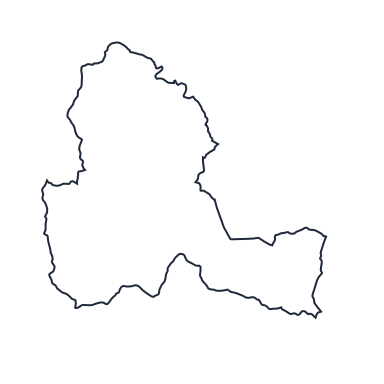 outline of Don Duong, Lâm Đồng, Vietnam, rotated 100°
{"feature_id": "81297802B74216529473028", "entity_name": "Don Duong", "entity_type": "district", "adm_level": 2, "iso_a3": "VNM", "parent_name": "Vietnam", "parent_adm1": "Lâm Đồng", "projection": "mercator", "projection_center": [108.553, 11.806], "detail": "fine", "context": "isolated", "style": "outline", "palette": "slate", "viewbox_px": 384, "rotation_deg": 100, "n_neighbors": 0, "source": "geoboundaries", "source_scale": "gbopen_adm2", "svg_char_len": 5994}
<svg xmlns="http://www.w3.org/2000/svg" viewBox="0 0 384 384"><g transform="rotate(100 192 192)"><path d="M294.4,48.5L291.0,48.0L290.0,47.7L289.1,47.0L288.5,46.3L287.4,44.1L283.4,48.7L279.9,52.3L276.4,53.3L275.6,53.9L274.8,54.7L274.0,55.2L272.8,55.4L271.5,55.4L265.3,54.5L257.6,53.6L253.7,52.4L249.6,50.0L249.0,50.0L248.5,50.2L247.4,51.3L245.6,51.8L239.5,51.9L237.5,52.3L236.4,53.0L235.4,54.3L234.3,54.2L233.0,53.7L232.3,53.7L230.1,54.7L227.9,54.6L218.7,53.4L212.6,52.2L212.4,53.0L212.6,54.8L210.7,57.1L208.5,63.3L208.3,66.0L208.7,68.9L208.6,69.8L208.2,70.9L207.4,72.5L207.3,73.5L207.9,74.9L209.8,76.9L213.3,82.6L214.6,83.5L215.2,84.4L215.6,85.5L215.9,87.9L215.6,88.9L215.1,89.8L214.9,90.5L215.0,91.3L216.5,94.6L217.1,97.0L219.1,99.8L219.7,101.7L220.5,102.5L221.7,102.7L223.8,102.0L225.1,102.0L228.9,103.4L229.8,103.7L230.6,103.7L230.3,106.5L228.1,112.6L225.7,118.1L225.6,118.7L227.1,123.3L228.3,128.3L231.7,144.7L231.6,146.1L221.2,154.5L203.2,164.8L195.6,168.3L195.9,168.7L193.1,172.7L191.4,174.2L190.3,176.3L189.9,177.7L188.7,180.5L188.8,181.7L189.2,182.9L189.1,183.7L188.5,184.1L185.1,184.4L183.1,185.5L182.1,186.7L181.8,190.2L180.8,189.8L178.8,188.6L177.7,188.5L174.1,188.6L172.7,187.8L171.4,186.4L170.5,184.7L169.8,184.1L168.4,183.9L159.7,186.6L156.0,187.2L156.4,185.8L154.9,184.8L153.1,184.6L149.6,181.5L146.3,177.4L145.8,177.5L143.9,177.2L141.3,175.7L140.3,174.7L138.0,181.2L137.1,181.0L135.8,181.4L134.8,183.0L134.2,183.5L132.4,184.2L131.0,185.2L129.4,186.8L127.1,187.1L126.2,187.5L124.2,188.9L123.6,189.8L123.6,190.3L122.6,190.3L119.8,189.2L118.0,189.4L117.2,189.7L116.3,190.6L115.7,191.9L113.3,192.6L112.1,193.3L111.2,194.1L109.4,196.2L106.3,198.0L102.3,201.6L101.6,202.7L100.5,204.9L97.9,207.4L100.3,211.2L100.0,214.4L99.6,216.6L98.0,216.9L94.0,215.7L91.9,215.5L91.2,215.6L88.1,216.7L87.5,217.2L86.8,220.2L86.7,221.1L87.2,222.3L88.8,224.0L88.9,224.6L88.1,225.7L85.2,227.9L85.3,228.2L86.0,228.9L87.9,228.8L88.5,234.1L88.3,234.9L86.1,239.4L85.7,240.7L85.6,242.3L85.9,244.3L86.6,246.3L85.0,248.0L83.7,248.2L82.3,247.5L80.9,246.4L79.0,244.4L77.2,243.1L76.3,242.6L75.1,242.6L73.8,243.4L73.9,244.2L75.7,246.3L76.3,247.5L76.3,248.5L76.1,249.0L75.7,249.3L74.3,249.6L72.4,251.3L71.1,251.5L70.3,252.8L67.8,255.6L67.7,258.8L65.5,264.9L65.6,267.2L64.9,273.3L64.9,277.1L64.7,277.4L63.4,277.8L62.2,280.0L60.2,282.8L59.4,284.4L58.1,287.8L57.6,290.5L57.9,292.4L59.3,296.2L60.8,298.1L63.6,299.9L66.3,300.0L67.3,300.2L69.3,302.0L69.8,302.1L71.3,301.3L73.0,301.2L78.6,302.7L79.3,303.2L81.7,307.3L82.5,311.0L82.9,311.3L83.6,311.4L83.9,311.8L84.1,314.0L84.0,315.7L84.3,317.1L86.0,319.2L86.7,320.8L87.4,321.8L87.9,322.2L88.8,322.4L91.2,322.2L92.5,321.9L95.6,320.8L97.2,320.4L106.0,319.3L107.6,319.3L109.7,320.3L110.9,321.2L112.0,321.7L113.3,321.7L116.2,321.3L117.5,321.3L121.1,323.2L123.6,324.1L126.1,324.3L126.9,324.6L129.4,325.9L130.8,326.4L131.3,326.9L132.7,327.6L136.0,328.1L138.3,328.0L139.5,327.6L140.2,327.0L141.0,325.9L142.4,324.4L144.2,323.2L146.5,320.8L147.7,319.8L149.0,319.0L153.2,317.2L156.4,315.1L157.7,313.4L158.3,312.3L159.1,309.9L159.7,309.5L160.8,309.6L165.5,310.6L168.4,310.7L169.5,310.5L173.4,308.4L177.4,308.4L178.0,308.1L179.2,307.0L179.6,306.4L179.9,305.4L180.5,304.8L181.6,304.5L183.7,304.8L185.0,304.5L187.5,302.9L188.9,301.2L191.0,305.3L191.4,307.0L192.0,307.4L193.4,307.5L195.3,307.0L197.1,307.2L198.5,306.8L200.8,307.1L203.8,306.6L202.3,310.3L202.2,311.9L202.4,312.3L203.2,313.3L204.9,314.1L205.5,314.8L205.9,318.5L206.2,320.1L208.8,324.1L209.4,326.5L209.4,330.3L208.7,331.3L207.9,332.0L207.7,332.9L207.7,334.2L207.6,334.9L207.0,335.6L205.8,336.8L209.6,337.5L211.5,338.2L214.6,339.8L216.1,339.9L217.0,339.7L219.1,338.5L220.1,338.1L224.3,338.3L226.2,337.0L227.7,335.2L229.7,333.7L231.9,332.5L234.3,331.5L237.2,331.3L238.5,331.5L241.2,332.4L241.7,332.4L243.0,331.1L244.3,330.6L248.2,330.7L254.9,329.6L258.4,330.5L258.8,330.2L259.2,329.6L259.9,327.2L260.3,326.7L260.7,326.5L265.9,324.9L272.4,321.9L276.5,320.5L279.2,318.6L282.2,317.6L283.0,317.6L284.4,317.9L285.9,317.5L288.5,314.9L289.4,314.4L290.1,314.2L293.9,314.7L294.5,315.0L297.1,317.8L297.7,318.2L298.7,318.1L299.6,317.7L302.9,315.1L305.5,314.1L306.1,313.6L306.7,312.7L307.6,310.4L308.1,309.8L310.4,308.0L313.5,302.3L313.9,299.1L314.9,296.3L318.2,291.4L318.5,288.7L318.8,288.1L319.4,287.8L321.8,287.1L323.0,286.9L326.0,287.1L326.4,286.5L326.4,285.8L325.6,284.0L323.0,281.3L322.5,280.6L322.1,279.3L321.3,273.0L320.7,270.8L317.9,265.8L316.6,262.6L316.3,261.5L316.4,260.5L316.5,259.4L317.3,257.4L317.2,256.6L316.8,255.7L316.2,255.2L315.0,254.5L311.3,252.8L308.6,250.9L307.1,249.6L305.6,249.1L305.1,248.8L303.8,246.8L303.3,246.5L300.6,246.2L298.4,245.3L297.6,244.8L297.0,244.1L296.4,243.0L296.4,239.2L295.4,235.5L294.9,234.1L293.8,231.9L293.6,231.1L293.8,228.8L294.3,227.7L297.5,223.1L298.8,220.6L301.4,214.9L301.8,213.7L302.0,211.8L301.6,211.2L300.5,210.3L298.9,207.6L298.3,207.2L297.4,207.0L293.7,207.1L288.5,205.6L285.9,204.0L283.8,203.3L282.8,203.2L276.9,203.2L274.7,202.4L273.9,202.3L271.9,202.7L270.5,202.5L265.6,200.2L264.9,199.5L263.1,198.3L260.3,197.4L259.3,196.8L256.1,194.5L255.2,193.4L254.9,192.4L254.9,190.0L255.5,188.7L259.8,185.8L260.9,184.3L261.6,182.2L262.2,179.8L262.8,178.4L263.7,175.6L263.8,173.8L263.3,172.3L264.1,170.7L264.6,170.5L268.7,169.9L272.4,169.7L273.8,169.1L275.8,167.4L276.6,167.1L277.9,166.0L281.4,161.5L284.0,159.3L284.3,158.8L284.6,157.8L284.6,156.3L284.4,153.4L284.9,151.0L284.8,148.9L283.5,143.7L282.0,140.3L282.6,138.5L283.6,136.5L283.8,131.6L284.2,129.3L285.2,124.6L286.6,120.2L286.4,117.8L285.1,114.4L285.0,112.8L285.3,111.7L286.6,109.1L286.7,107.5L286.8,107.1L290.2,104.3L290.7,103.7L290.9,103.0L291.0,100.4L291.4,99.2L292.0,98.1L293.5,96.1L293.8,94.6L293.0,92.3L291.8,87.3L290.1,84.1L291.2,83.6L291.8,82.9L293.2,78.6L295.0,74.4L294.9,72.9L294.0,71.3L293.7,70.0L293.8,69.1L294.6,67.3L294.6,66.6L294.2,65.3L293.3,64.6L290.8,63.3L290.3,62.8L290.1,62.3L289.9,60.5L290.2,59.6L292.2,56.3L291.5,55.1L291.4,53.5L291.7,52.5L294.4,48.5Z" fill="none" stroke="#1e293b" stroke-width="2"/></g></svg>